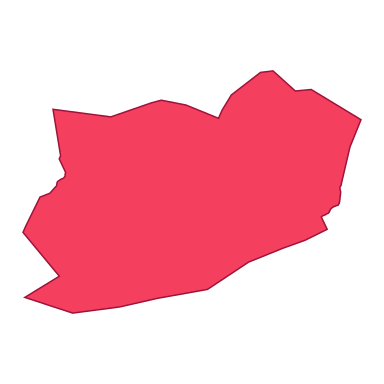 outline of Sharga, Govi-Altay, Mongolia
{"feature_id": "93677404B51253080271810", "entity_name": "Sharga", "entity_type": "district", "adm_level": 2, "iso_a3": "MNG", "parent_name": "Mongolia", "parent_adm1": "Govi-Altay", "projection": "albers", "projection_center": [95.614, 46.486], "detail": "fine", "context": "isolated", "style": "filled", "palette": "rose", "viewbox_px": 384, "rotation_deg": 0, "n_neighbors": 0, "source": "geoboundaries", "source_scale": "gbopen_adm2", "svg_char_len": 1568}
<svg xmlns="http://www.w3.org/2000/svg" viewBox="0 0 384 384"><path d="M53.0,109.3L60.6,155.8L59.2,158.9L65.6,172.4L65.1,174.1L65.1,176.2L63.7,177.9L62.5,178.7L61.1,179.1L57.6,181.5L57.1,182.4L56.9,183.7L56.5,186.0L55.4,187.0L49.9,193.2L40.0,197.1L25.8,226.0L23.0,232.4L59.3,276.2L24.8,297.4L47.6,304.9L72.7,313.1L119.9,306.9L157.1,298.4L207.5,289.4L248.6,262.1L282.2,248.5L305.7,240.0L305.8,239.9L327.2,229.3L321.3,217.0L322.3,216.1L323.2,215.6L324.4,215.2L324.7,215.0L325.0,214.8L325.3,214.7L325.7,214.7L325.9,214.6L326.4,214.1L326.6,213.9L327.1,213.7L327.6,213.6L328.0,213.4L328.3,213.2L328.6,212.9L328.7,212.6L328.8,212.5L329.1,212.3L329.1,212.1L329.4,211.7L329.5,211.3L329.5,211.1L329.8,210.9L329.8,210.6L330.0,210.4L330.2,210.1L330.2,209.9L330.5,209.5L330.6,209.2L332.1,207.7L333.1,207.2L333.6,206.7L334.4,206.4L335.0,206.3L335.8,205.9L336.2,205.7L336.5,205.6L336.9,205.6L337.6,205.4L337.9,205.1L338.2,205.1L338.4,204.7L338.6,204.4L338.7,204.0L338.8,203.9L339.0,203.7L339.0,203.3L339.3,203.2L339.4,202.6L339.5,202.0L339.6,201.4L339.7,200.7L340.0,199.0L340.0,197.6L340.0,196.7L340.3,196.1L340.4,195.6L340.4,195.0L340.4,194.5L340.5,194.3L340.5,193.6L340.6,193.1L340.7,192.5L340.6,191.8L340.6,191.0L340.3,190.5L340.2,189.9L340.1,189.6L340.0,189.2L340.0,188.8L340.0,188.4L340.0,187.8L340.2,186.6L340.6,186.1L340.9,185.7L341.2,185.1L341.2,184.4L350.0,146.9L361.0,119.7L311.2,89.5L295.3,91.0L273.0,70.9L260.5,72.4L231.4,94.9L222.1,110.1L218.5,118.3L185.9,105.0L161.3,100.2L151.8,102.7L110.7,116.9L53.0,109.3Z" fill="#f43f5e" stroke="#9f1239" stroke-width="1.5"/></svg>